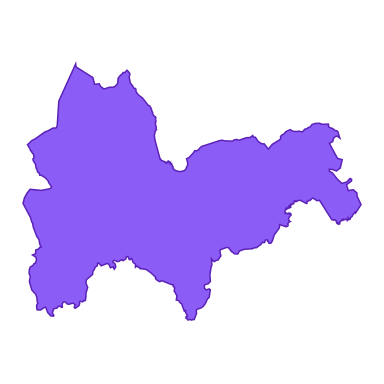 the district of Denkyembour, Eastern, Ghana
{"feature_id": "2480657B53762921220630", "entity_name": "Denkyembour", "entity_type": "district", "adm_level": 2, "iso_a3": "GHA", "parent_name": "Ghana", "parent_adm1": "Eastern", "projection": "natural_earth1", "projection_center": [-0.823, 6.057], "detail": "fine", "context": "isolated", "style": "filled", "palette": "violet", "viewbox_px": 384, "rotation_deg": 0, "n_neighbors": 0, "source": "geoboundaries", "source_scale": "gbopen_adm2", "svg_char_len": 5967}
<svg xmlns="http://www.w3.org/2000/svg" viewBox="0 0 384 384"><path d="M189.8,319.4L191.7,320.1L192.8,319.6L194.2,319.6L196.6,313.2L196.2,310.2L197.9,309.0L200.9,308.0L203.4,306.2L205.4,303.5L207.5,298.8L208.6,298.1L209.2,297.2L210.3,289.8L209.2,288.9L206.9,289.7L205.9,289.7L204.4,288.1L204.5,285.4L205.3,284.5L208.2,283.8L210.4,281.5L209.9,274.6L211.1,267.1L211.9,265.0L211.5,258.8L213.6,261.3L214.4,261.6L216.4,260.3L218.1,260.0L220.9,255.8L219.9,251.8L220.3,249.8L226.3,247.5L228.9,247.8L229.7,249.5L230.8,250.3L231.3,251.6L232.6,252.1L233.7,253.3L234.8,253.9L237.8,254.0L239.4,251.0L244.2,249.3L252.7,248.7L253.7,247.9L256.4,247.7L261.1,244.3L262.3,242.2L264.0,242.7L264.8,242.2L264.9,240.7L265.8,239.8L267.4,240.0L267.6,241.3L268.1,241.3L269.0,243.3L271.0,243.1L272.3,241.0L274.2,235.0L279.3,228.0L279.8,224.6L285.8,226.7L285.8,226.3L287.4,226.3L288.2,225.4L287.8,223.8L289.2,221.9L290.1,221.6L289.1,221.1L289.3,220.6L288.5,219.7L288.7,218.5L289.4,216.8L291.0,215.3L291.1,214.5L290.8,213.8L290.0,213.9L290.3,213.5L289.9,213.1L288.5,213.1L288.0,213.8L286.6,213.2L285.7,213.6L285.6,213.0L285.1,213.0L285.0,211.1L285.6,209.2L286.0,208.7L286.4,209.1L286.7,208.2L287.0,208.8L287.0,207.9L287.7,208.7L288.5,207.8L289.2,208.1L290.3,207.5L289.2,207.0L288.9,205.9L289.3,205.6L290.7,206.1L291.0,205.8L290.6,205.6L290.6,204.1L292.6,204.1L292.9,203.4L293.6,203.7L294.3,201.1L294.9,201.1L294.5,201.5L294.9,201.6L295.2,200.9L295.8,200.7L296.0,201.5L296.4,201.5L298.4,200.5L300.4,200.3L306.3,203.5L306.9,203.4L307.0,201.5L308.2,201.1L308.6,200.5L309.9,200.5L312.0,198.5L313.0,198.1L317.0,200.7L319.5,200.3L331.8,219.7L333.7,220.2L334.4,219.6L335.8,220.5L336.6,221.3L336.3,221.7L336.6,222.7L337.8,222.9L337.3,223.6L338.9,224.3L339.8,223.7L339.3,222.8L341.0,220.9L342.5,220.3L342.4,219.9L343.1,220.2L343.4,219.1L344.9,219.8L345.7,219.2L346.9,219.2L347.3,220.6L348.1,219.9L348.2,217.9L349.5,219.5L350.0,219.3L350.7,217.5L352.2,216.3L352.8,214.8L355.1,212.1L355.6,213.0L361.0,204.7L357.0,195.9L357.0,193.0L353.2,189.7L348.3,190.6L346.5,184.8L351.5,181.0L351.6,179.2L350.0,178.5L346.8,182.0L341.9,183.4L337.3,179.1L332.4,172.9L329.4,171.3L329.3,169.2L333.1,169.6L336.4,171.0L340.3,168.0L342.2,159.7L337.5,158.4L329.4,143.4L332.7,141.6L333.8,137.7L336.3,136.1L337.7,136.4L339.8,138.1L337.8,131.5L336.3,130.6L334.9,130.5L332.6,128.4L331.4,128.3L328.7,126.9L328.4,124.1L322.3,124.3L319.5,123.3L315.4,123.4L312.0,124.5L310.2,126.9L308.2,127.6L306.6,128.8L304.9,129.1L302.4,131.9L298.4,131.1L297.9,131.5L293.2,131.4L290.2,129.6L285.9,131.6L283.6,134.3L282.5,134.6L280.6,136.3L280.6,138.6L280.1,139.5L272.3,144.3L268.3,149.1L264.2,143.8L262.8,143.9L261.1,143.4L258.1,141.3L255.3,137.2L253.3,137.1L252.7,135.5L250.2,137.5L246.4,137.7L238.8,140.3L236.6,139.4L234.2,139.9L232.6,141.1L224.8,140.9L222.1,140.2L219.3,140.7L201.5,146.5L199.2,148.7L198.9,149.6L196.7,150.7L194.7,150.7L193.5,152.7L189.2,157.4L186.5,158.8L187.6,162.3L187.6,165.5L186.5,167.1L186.2,168.6L184.5,170.6L180.5,171.6L177.9,171.3L174.4,170.0L173.1,168.2L173.0,166.7L172.0,165.1L171.7,163.9L171.1,164.2L170.7,163.3L170.2,163.5L170.3,162.8L170.0,163.1L168.9,162.2L169.2,161.8L168.5,161.0L168.0,161.1L167.8,162.0L167.3,162.0L166.7,162.9L166.4,162.6L166.0,163.1L165.0,161.8L161.5,160.5L160.7,159.2L160.2,159.5L155.1,140.6L154.3,135.4L155.4,131.0L156.5,129.4L155.9,128.7L156.3,127.5L155.5,124.4L155.4,123.0L155.9,121.8L155.5,118.8L155.9,117.7L155.4,116.8L153.8,115.8L152.7,113.9L152.7,112.8L151.7,110.5L151.4,108.8L149.7,105.9L148.1,105.2L142.5,98.0L138.3,94.8L136.0,91.5L135.8,88.9L135.4,88.4L134.0,88.4L133.5,87.7L132.9,86.3L130.3,82.8L129.2,77.3L129.9,73.7L128.3,71.5L127.0,70.2L124.7,72.6L123.0,72.5L122.6,73.5L120.5,75.2L118.1,78.2L117.7,83.0L116.9,84.6L114.7,86.6L112.6,87.3L109.6,87.2L104.0,89.0L100.5,86.4L99.3,83.8L94.6,84.3L92.9,77.6L76.0,66.9L75.7,63.9L58.8,101.1L57.2,125.7L56.3,127.7L55.4,128.1L53.1,128.0L47.6,131.0L45.1,131.8L35.4,138.7L31.8,140.6L27.5,144.7L30.1,149.1L30.5,150.7L31.6,151.3L32.0,152.6L33.8,154.8L34.0,157.9L32.9,159.0L33.1,160.4L35.5,164.3L36.1,168.2L37.1,169.8L37.5,171.9L39.3,173.3L39.7,175.2L41.0,175.2L45.1,177.6L47.7,180.2L48.9,182.9L51.4,186.6L51.3,187.5L49.9,188.7L41.5,190.4L30.1,189.3L27.2,192.9L24.5,197.7L23.0,203.4L30.5,217.5L31.8,222.1L32.5,222.9L33.3,227.2L36.7,236.2L39.1,239.8L39.7,244.0L41.2,247.1L39.9,247.2L38.7,248.9L35.8,250.0L35.5,253.8L32.5,255.0L35.9,257.2L36.5,259.4L35.5,263.3L34.4,263.3L32.8,265.5L30.3,267.0L29.3,269.5L29.1,273.7L30.3,276.2L29.4,281.7L31.8,290.0L35.6,294.2L36.8,297.2L37.3,302.2L37.9,303.3L36.9,304.5L36.6,305.6L36.8,309.0L37.3,309.9L40.7,310.0L43.4,308.0L45.3,307.2L46.0,307.9L47.7,312.6L50.8,315.9L53.6,316.1L53.8,315.3L52.4,313.0L53.6,309.2L54.0,308.7L57.1,308.0L58.3,306.4L59.4,306.0L61.7,307.4L62.4,307.2L62.2,304.0L62.9,302.6L64.0,301.8L65.8,302.1L66.5,303.4L67.8,304.2L69.8,304.1L72.3,303.2L73.4,303.4L75.4,305.0L74.3,306.5L74.3,307.6L74.7,308.1L75.7,308.0L78.9,305.7L79.7,303.6L79.5,302.0L80.0,301.3L82.8,301.8L83.9,300.4L84.8,300.8L85.5,300.1L86.0,296.3L85.9,293.4L87.7,287.3L85.9,283.1L86.4,279.7L92.6,274.4L92.9,271.3L94.2,269.7L95.1,267.3L97.3,265.7L97.6,263.1L98.9,263.2L101.2,265.8L107.1,263.5L109.0,264.3L110.4,267.7L113.2,266.9L114.2,269.2L115.5,267.6L115.7,266.3L115.0,263.7L112.8,262.1L113.3,260.6L114.4,260.3L117.1,261.6L118.7,261.4L121.8,259.7L123.0,260.7L125.9,258.9L126.3,256.9L127.6,256.5L128.2,256.9L129.3,259.6L130.3,259.6L131.4,258.5L131.9,258.8L133.1,262.4L135.4,264.1L135.5,267.2L137.1,265.8L138.3,267.3L139.7,267.6L139.9,268.6L145.7,269.3L146.7,269.8L150.7,272.7L155.9,277.4L155.4,278.4L156.3,279.6L159.3,281.6L160.2,281.6L161.6,280.6L171.5,284.6L173.3,284.7L173.3,286.6L174.0,286.7L174.8,288.2L174.3,289.6L174.3,291.6L175.5,292.7L175.6,293.8L176.9,295.3L176.3,300.1L177.8,300.2L179.0,301.0L180.4,303.1L181.5,303.6L184.3,311.1L185.4,310.4L185.7,311.1L185.6,312.6L187.5,315.8L187.3,316.6L186.6,316.4L186.1,316.7L186.0,318.3L186.7,318.5L188.1,320.1L189.8,319.4Z" fill="#8b5cf6" stroke="#5b21b6" stroke-width="1.5"/></svg>